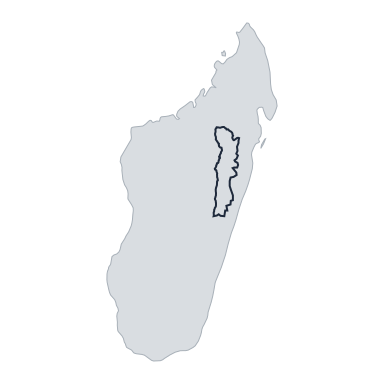 Alaotra-Mangoro highlighted on a map of Madagascar
{"feature_id": "MDG-5860", "entity_name": "Alaotra-Mangoro", "entity_type": "Autonomous Province", "adm_level": 1, "iso_a3": "MDG", "parent_name": "Madagascar", "parent_adm1": "", "projection": "albers", "projection_center": [48.177, -18.018], "detail": "medium", "context": "in_parent", "style": "outline", "palette": "slate", "viewbox_px": 384, "rotation_deg": 0, "n_neighbors": 0, "source": "natural_earth", "source_scale": "10m", "svg_char_len": 5106}
<svg xmlns="http://www.w3.org/2000/svg" viewBox="0 0 384 384"><path d="M254.8,31.9L255.9,34.5L257.2,37.0L261.3,43.1L263.0,45.5L264.5,48.0L265.1,52.9L267.7,60.6L270.0,72.2L270.6,84.1L271.3,89.5L273.1,94.7L276.2,100.0L277.1,106.0L275.1,112.1L272.3,117.8L271.6,118.8L270.3,120.3L269.7,120.2L267.6,118.7L265.8,116.3L263.6,110.5L262.8,107.6L261.9,107.2L259.2,107.4L257.3,109.2L256.9,110.3L257.3,113.5L258.0,116.4L258.3,119.4L258.3,123.1L259.0,124.2L260.1,125.2L261.1,127.6L261.3,133.4L260.6,136.3L258.7,138.8L258.8,140.2L259.5,141.6L258.8,142.5L256.3,143.5L255.3,144.5L254.0,147.0L251.8,152.2L251.5,154.9L252.8,163.0L252.3,168.7L249.5,179.7L247.9,184.9L245.7,191.1L242.2,199.3L238.8,209.6L235.9,220.1L233.8,226.5L231.4,232.8L228.2,243.8L225.4,255.1L221.3,267.4L215.7,281.2L215.1,283.0L213.9,290.1L212.7,296.2L211.2,302.2L208.1,312.2L207.8,315.3L207.1,318.2L204.1,324.5L202.8,326.8L201.9,329.3L201.4,332.4L200.6,335.4L198.4,341.0L195.2,345.8L193.0,347.5L188.2,350.1L185.8,350.6L180.4,350.7L175.2,352.2L169.8,355.0L164.6,358.3L162.6,359.8L160.4,360.7L153.5,361.0L151.5,360.3L144.5,355.2L141.8,354.4L136.7,353.8L135.1,353.4L133.7,352.8L131.6,350.1L127.5,347.9L126.5,347.2L125.9,345.6L125.4,343.9L124.3,342.0L123.4,338.4L122.0,335.9L118.2,331.5L117.7,330.1L117.3,325.3L117.4,322.1L116.8,316.2L117.2,313.4L118.5,310.8L117.9,308.1L116.4,305.3L115.8,302.4L114.7,299.7L110.6,295.0L109.6,292.6L108.9,290.1L107.2,282.5L106.9,279.8L107.0,274.1L107.5,271.2L108.4,269.1L108.6,267.6L109.2,266.3L110.1,265.2L110.7,263.9L112.0,256.6L113.9,255.0L116.7,254.0L118.9,252.0L120.1,249.5L121.3,244.1L124.7,238.8L126.0,236.0L128.7,231.8L131.2,225.9L131.9,223.1L132.4,220.2L132.9,214.0L133.3,210.9L133.2,207.9L131.6,204.7L128.0,199.1L127.9,198.0L128.1,193.8L127.7,190.7L126.4,187.7L124.6,184.8L122.9,179.5L121.9,170.6L122.0,167.4L121.4,164.5L120.2,161.8L120.9,157.0L131.1,139.5L131.4,137.5L130.9,132.2L131.1,129.2L131.4,128.0L132.2,127.4L134.0,127.0L142.6,126.1L143.7,125.5L145.8,124.0L148.7,121.2L150.1,120.3L151.3,120.6L152.0,121.8L153.0,122.5L156.5,121.1L157.8,121.1L159.2,121.3L159.8,120.1L160.1,118.5L160.6,117.4L161.6,116.8L166.0,116.4L168.9,115.9L172.6,114.7L173.4,114.9L176.4,118.9L177.3,119.2L178.5,119.3L179.5,118.6L177.0,116.6L176.6,115.4L176.8,114.1L178.0,111.2L180.2,109.0L185.0,105.7L190.0,101.8L191.4,101.6L192.7,102.2L193.6,106.6L193.5,107.4L194.3,107.5L195.3,106.9L196.1,105.1L196.1,103.6L195.4,102.2L195.1,100.9L195.1,99.8L197.6,97.1L199.6,94.6L200.5,91.6L201.3,90.2L203.4,88.6L204.0,88.8L204.5,90.1L204.8,91.5L204.3,92.8L203.5,94.1L203.2,95.9L204.4,96.2L205.5,95.8L207.1,92.6L209.0,89.6L210.1,88.0L211.5,86.9L213.9,87.1L216.2,87.8L212.4,84.6L211.5,80.2L215.9,72.6L216.0,71.1L216.6,70.6L216.9,70.0L214.6,67.4L214.2,66.1L214.5,64.2L215.6,62.5L216.6,61.3L218.0,60.8L219.1,61.5L221.6,63.6L223.2,63.9L225.2,61.9L226.9,59.4L229.4,57.7L232.2,56.6L236.5,52.7L239.3,44.4L239.5,42.0L238.9,39.0L237.9,36.2L236.3,32.8L236.7,32.0L239.1,32.5L239.9,32.0L242.4,28.9L246.7,23.0L248.1,23.1L249.3,24.2L249.7,25.8L250.5,27.0L253.4,29.8L254.8,31.9ZM225.4,55.0L225.4,56.0L222.2,55.6L221.7,52.4L223.2,52.3L223.6,51.1L224.5,50.9L225.6,53.7L225.4,55.0ZM263.5,143.9L260.8,148.4L261.6,144.6L264.8,139.1L265.6,138.7L263.5,143.9Z" fill="#d9dde1" stroke="#a8b0b8" stroke-width="1"/><path d="M214.1,211.7L214.2,209.7L214.7,208.8L214.8,208.0L215.6,206.9L215.9,206.1L216.0,204.2L216.0,202.8L215.8,202.2L215.8,201.0L215.0,199.4L214.9,198.7L215.4,197.4L215.5,196.6L215.9,195.6L216.0,193.0L215.8,191.6L215.7,189.6L216.0,187.9L216.9,185.2L217.1,181.2L217.8,180.5L217.9,180.1L217.6,179.2L217.5,178.1L217.1,177.2L217.1,175.5L217.0,174.4L217.2,173.5L216.5,171.6L216.4,170.5L216.2,170.2L215.0,169.5L214.8,168.7L215.6,167.6L216.2,166.4L216.2,165.3L216.8,164.6L216.9,163.3L217.2,163.1L218.0,163.0L218.4,162.5L218.7,160.3L219.1,160.0L219.2,158.9L219.9,158.2L219.9,157.3L219.2,157.1L219.1,156.5L219.7,156.0L220.0,154.6L220.9,153.2L220.9,152.2L221.3,151.7L221.8,150.8L222.0,150.2L221.5,147.7L220.3,147.5L219.6,146.9L219.0,146.1L219.0,145.4L218.7,144.8L219.0,143.9L218.9,143.6L218.3,143.2L218.0,142.7L217.7,142.4L217.4,141.6L216.9,141.1L216.7,140.7L216.1,139.9L215.8,139.4L215.8,139.0L216.0,138.4L215.9,137.5L215.8,136.6L215.3,135.6L215.1,134.4L215.1,133.3L215.4,132.6L215.6,131.1L215.4,129.5L215.7,128.8L216.4,128.2L216.4,127.5L216.6,127.3L217.0,127.5L217.7,127.3L220.1,127.8L221.8,127.2L222.9,127.0L223.9,127.0L224.3,127.2L225.5,128.4L226.3,128.6L226.6,129.5L228.2,129.4L229.3,130.7L231.3,131.8L231.7,132.4L232.1,132.7L232.5,133.8L232.5,134.8L233.1,135.6L232.3,137.3L232.4,138.1L232.7,138.8L233.5,140.1L233.8,140.2L234.2,140.1L237.2,137.9L238.2,137.8L239.1,138.1L238.5,140.8L238.5,143.0L237.0,146.8L237.5,150.9L236.3,153.7L237.9,155.5L236.6,158.7L234.5,160.3L235.1,161.5L237.5,162.8L238.1,165.0L237.2,167.5L234.2,167.5L232.7,168.1L236.3,172.5L236.6,175.0L233.6,176.9L230.6,177.5L229.7,181.0L229.7,186.0L230.9,189.8L232.9,195.4L232.9,200.2L230.8,200.8L230.5,204.5L226.4,205.8L227.3,210.5L225.2,210.5L224.3,216.2L220.5,215.8L218.7,214.3L216.9,215.5L213.6,216.2L213.9,215.0L213.7,214.1L213.7,212.3L214.1,211.7Z" fill="none" stroke="#1e293b" stroke-width="2"/></svg>